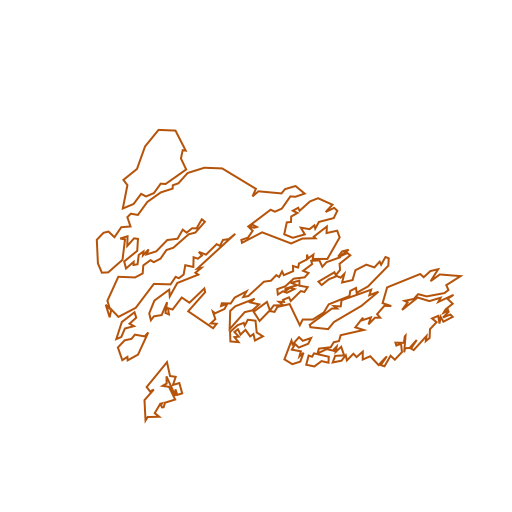 Solund nor, Norway (Mercator projection), rotated 243°
{"feature_id": "86288312B33021922891933", "entity_name": "Solund nor", "entity_type": "district", "adm_level": 2, "iso_a3": "NOR", "parent_name": "Norway", "parent_adm1": "", "projection": "mercator", "projection_center": [4.829, 61.105], "detail": "fine", "context": "isolated", "style": "outline", "palette": "amber", "viewbox_px": 512, "rotation_deg": 243, "n_neighbors": 0, "source": "geoboundaries", "source_scale": "gbopen_adm2", "svg_char_len": 6161}
<svg xmlns="http://www.w3.org/2000/svg" viewBox="0 0 512 512"><g transform="rotate(243 256 256)"><path d="M267.8,97.8L274.1,102.8L264.2,105.8L264.4,125.3L277.5,152.3L269.5,167.0L273.9,174.9L271.2,177.2L272.3,183.1L279.9,188.8L274.7,195.2L283.2,199.8L280.0,203.0L281.0,208.1L285.6,206.9L279.9,212.1L284.4,226.3L281.4,228.5L285.3,233.9L283.4,239.4L285.2,247.6L271.4,198.0L270.2,201.8L268.6,194.4L265.6,196.1L267.7,173.6L259.1,160.8L265.4,163.4L262.4,145.2L253.3,134.8L246.5,133.2L248.6,137.6L246.2,145.1L255.2,155.8L246.4,149.5L243.5,151.9L249.5,153.9L246.2,157.4L252.7,171.0L244.6,175.5L250.5,195.2L246.9,194.3L237.5,170.5L211.1,185.0L213.5,190.1L216.5,185.1L218.2,191.1L226.1,192.3L223.5,193.6L223.1,203.9L226.4,208.7L227.3,202.2L229.4,204.1L225.2,211.9L228.6,218.1L228.8,231.5L225.2,226.0L223.8,231.0L229.5,251.4L227.2,258.1L229.7,265.4L226.8,267.1L230.4,272.2L226.3,272.1L225.6,282.2L230.3,284.4L226.6,288.3L229.8,290.9L229.8,299.8L234.1,302.1L230.2,301.4L231.2,307.8L227.6,305.2L221.0,318.3L234.6,339.0L241.7,339.8L244.4,329.3L250.1,332.5L247.0,316.3L244.8,317.0L250.5,305.2L251.2,293.0L274.3,272.2L274.1,249.5L277.0,250.3L276.0,257.2L280.0,264.5L285.8,262.5L286.4,266.2L284.0,264.6L281.9,267.4L281.5,269.9L286.4,266.4L290.6,290.0L286.9,293.0L286.5,300.5L293.5,313.7L290.9,318.0L289.5,327.7L300.4,323.0L302.4,312.2L300.2,307.1L312.5,287.6L310.7,280.0L315.9,286.4L349.4,265.6L358.1,250.0L361.0,232.7L356.0,219.9L356.8,214.0L353.9,212.3L355.9,200.1L353.5,183.7L346.2,169.4L350.5,163.7L349.0,159.0L339.3,157.6L342.8,149.0L337.0,138.4L344.7,135.7L345.9,130.7L342.7,121.5L321.2,111.8L311.1,111.1L308.5,116.9L313.2,135.3L330.2,146.8L333.2,143.0L331.9,150.5L323.4,145.9L327.1,155.4L324.8,158.6L314.5,152.5L311.0,136.1L303.9,134.5L306.3,144.3L303.6,142.8L302.4,146.7L310.2,152.0L311.1,157.8L307.9,155.6L310.6,163.3L307.1,159.2L305.4,169.3L310.5,184.2L307.0,193.9L312.7,202.7L308.3,204.8L309.7,211.7L307.6,215.6L313.3,224.4L309.7,226.0L304.4,212.6L305.9,205.8L300.9,186.1L302.0,178.9L297.0,169.7L296.9,162.1L300.2,160.1L298.8,151.3L291.9,147.1L291.8,138.5L300.0,123.9L283.6,103.3L274.8,101.7L280.8,100.0L267.8,97.8ZM141.3,266.7L140.9,276.8L135.5,283.1L137.3,282.8L138.7,286.8L134.4,283.5L136.4,290.7L127.4,289.4L131.1,281.2L126.3,276.0L123.9,284.6L126.8,290.9L121.7,289.6L124.7,298.4L120.3,299.7L122.3,307.7L115.3,304.1L114.8,312.3L103.2,315.7L107.2,327.0L102.2,317.6L99.4,320.4L106.0,330.6L100.6,332.6L104.1,342.4L111.9,345.4L112.5,340.4L115.5,340.9L111.5,348.3L116.8,352.1L117.2,353.1L102.9,344.3L106.2,347.0L104.3,351.0L108.2,361.1L103.2,352.1L100.6,353.8L107.3,371.6L103.1,368.7L104.1,373.4L111.8,377.8L115.1,386.9L120.4,384.5L119.9,391.2L112.5,388.8L118.0,392.9L112.4,393.1L112.5,403.6L115.6,402.6L116.3,394.7L118.8,402.3L121.9,402.7L120.1,400.2L120.2,397.3L122.4,400.8L124.2,409.6L130.9,407.2L131.7,414.4L132.3,397.6L135.0,401.5L137.1,390.0L145.6,381.2L141.6,361.7L145.9,370.1L148.6,368.0L146.1,377.2L148.4,383.1L142.5,389.8L137.4,407.0L138.3,412.0L143.6,412.3L145.2,429.1L156.1,411.4L154.3,400.2L161.5,412.3L163.4,404.6L161.0,395.8L165.4,394.1L168.5,358.6L156.5,347.4L150.0,353.8L153.3,347.7L149.2,337.5L144.7,338.6L147.0,333.9L144.0,325.2L149.1,330.5L150.5,321.7L152.5,323.2L147.3,312.1L141.2,318.4L147.0,295.5L142.5,291.3L143.9,286.2L140.8,281.1L144.9,270.0L141.3,266.7ZM207.4,228.6L196.5,229.7L201.0,242.9L197.8,247.1L200.9,251.9L197.9,264.1L174.4,263.6L178.2,268.8L173.6,277.7L174.9,290.8L179.9,298.8L177.9,321.1L182.1,324.1L182.1,330.6L177.5,329.0L178.0,341.9L187.3,369.5L193.7,373.2L196.3,370.9L191.4,363.5L194.8,363.6L192.1,356.3L198.2,350.4L198.2,338.1L190.7,331.1L193.3,320.7L200.0,326.6L198.3,321.5L201.4,319.0L202.2,310.4L200.3,301.3L204.8,300.0L205.9,318.5L202.7,318.4L205.4,324.6L211.1,326.9L213.8,340.3L217.1,338.8L217.6,330.5L219.5,341.4L221.0,334.8L218.5,329.6L216.7,330.0L218.5,316.1L216.3,310.2L223.3,310.5L226.6,303.0L223.3,302.3L221.4,291.3L217.0,295.1L214.9,289.6L218.7,279.3L215.7,268.4L216.8,259.9L211.8,258.0L212.3,264.1L209.2,266.9L209.1,275.2L212.3,271.7L211.3,266.0L213.6,267.5L211.3,279.4L216.1,275.2L214.4,283.5L209.8,281.2L204.8,287.9L202.0,282.8L204.4,280.0L200.1,266.5L204.2,266.6L204.6,260.1L202.4,260.1L204.8,255.6L199.7,258.0L203.9,249.4L201.1,243.7L210.1,244.9L207.4,228.6ZM358.8,158.9L357.9,170.5L363.5,181.9L359.0,185.0L358.4,193.6L363.7,203.9L361.2,208.2L364.8,233.1L377.0,233.4L383.5,238.7L381.8,241.2L404.3,241.2L412.6,226.4L404.0,206.9L387.6,189.5L384.0,172.4L377.5,173.6L358.8,158.9ZM262.5,291.0L255.5,297.1L253.1,309.3L260.9,308.8L255.6,315.9L256.8,321.9L253.5,321.2L257.8,327.5L254.5,342.5L259.4,349.0L263.4,347.5L263.6,338.1L267.0,347.4L279.3,337.5L280.1,328.8L276.5,315.4L279.8,315.5L279.6,309.4L275.5,312.5L275.2,305.3L270.4,302.6L272.0,298.7L262.5,291.0ZM159.6,82.9L161.7,86.4L156.7,96.8L161.9,94.4L167.8,103.6L167.4,105.4L166.3,103.6L163.8,103.5L163.2,105.0L166.6,108.3L164.8,118.8L178.9,119.1L182.7,113.8L182.9,118.5L189.4,121.6L168.0,120.7L173.8,123.7L168.0,122.8L167.1,127.9L177.6,130.0L178.8,123.5L184.8,129.6L188.1,124.9L201.8,128.5L188.9,99.1L183.4,100.1L183.4,104.3L178.2,91.2L159.6,82.9ZM170.3,272.6L167.8,272.2L158.1,287.1L161.8,295.5L163.7,327.3L168.6,348.9L169.6,339.2L173.7,343.3L177.7,312.1L172.6,308.6L176.0,302.7L172.4,304.4L174.7,299.8L170.3,272.6ZM237.2,91.4L223.9,89.6L224.5,95.6L221.3,94.3L221.7,106.1L236.8,125.3L234.9,120.3L240.9,112.4L238.7,107.4L240.5,100.7L237.2,91.4ZM218.8,208.1L202.8,199.3L211.1,220.5L209.2,228.1L211.5,236.8L217.3,229.8L218.6,235.4L220.6,214.7L218.8,208.1ZM191.5,194.4L187.2,201.3L193.5,200.0L192.0,204.0L198.1,202.3L198.9,206.7L193.0,206.5L195.0,213.1L187.0,214.3L187.6,218.3L181.2,216.7L181.3,225.7L187.5,221.9L198.6,226.2L202.9,219.8L199.1,214.3L202.0,214.7L202.7,208.2L200.1,198.4L191.5,194.4ZM151.0,234.4L143.1,239.3L141.8,247.6L148.2,254.4L146.8,249.1L150.7,252.7L156.3,245.4L159.8,250.9L155.0,252.6L154.1,262.7L157.9,267.8L159.2,259.2L164.1,257.5L160.7,248.4L164.5,249.2L151.0,234.4ZM258.1,106.5L245.4,93.8L245.0,99.2L250.9,106.3L248.9,115.4L253.1,112.6L255.4,121.3L261.0,122.2L258.1,106.5ZM143.4,257.7L136.3,251.4L131.1,257.8L132.6,266.7L128.0,272.1L133.2,275.1L142.9,263.5L140.8,260.2L143.4,257.7Z" fill="none" stroke="#b45309" stroke-width="2"/></g></svg>